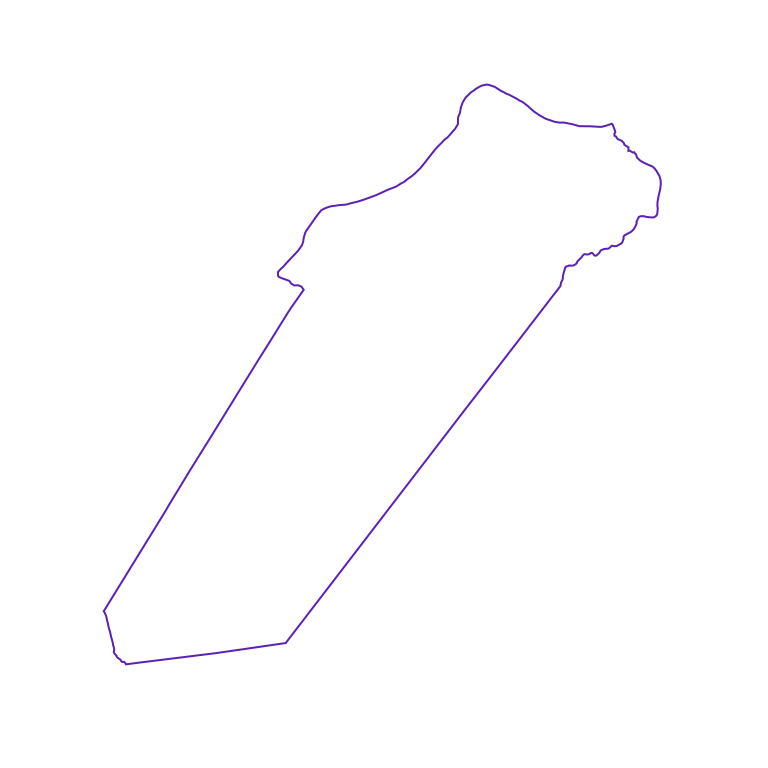 the district of Juruti, Pará, Brazil, rotated 7°
{"feature_id": "56859067B6848818390929", "entity_name": "Juruti", "entity_type": "district", "adm_level": 2, "iso_a3": "BRA", "parent_name": "Brazil", "parent_adm1": "Pará", "projection": "albers", "projection_center": [-56.071, -2.648], "detail": "fine", "context": "isolated", "style": "outline", "palette": "violet", "viewbox_px": 768, "rotation_deg": 7, "n_neighbors": 0, "source": "geoboundaries", "source_scale": "gbopen_adm2", "svg_char_len": 3004}
<svg xmlns="http://www.w3.org/2000/svg" viewBox="0 0 768 768"><g transform="rotate(7 384 384)"><path d="M298.4,222.6L296.1,226.5L294.9,228.7L293.3,231.9L291.9,234.4L288.1,241.5L287.4,243.4L286.6,247.9L286.4,252.8L285.7,256.1L284.6,258.3L282.5,262.2L272.1,276.3L269.9,279.7L267.6,282.2L265.1,285.8L265.7,289.5L266.6,290.5L269.4,291.4L272.4,292.0L277.4,293.2L279.7,295.7L282.8,297.1L286.9,296.5L290.3,297.5L292.8,300.3L282.3,320.0L279.2,326.4L266.6,353.6L255.5,377.3L249.9,389.4L234.3,423.4L224.6,444.5L217.1,460.8L202.4,492.4L185.7,529.4L182.1,537.8L152.8,601.7L135.7,639.0L133.5,643.7L134.9,645.3L135.5,646.5L136.2,647.5L137.4,650.6L137.7,651.9L139.0,654.9L139.9,657.9L142.6,664.2L143.6,667.3L146.3,673.8L146.8,675.9L147.8,677.8L148.6,680.2L148.5,683.2L149.3,684.4L151.5,686.2L152.2,687.6L153.5,688.4L156.2,689.9L157.0,691.2L158.3,691.8L159.9,691.5L161.4,692.6L162.1,693.7L164.0,693.2L173.7,690.7L250.0,671.6L253.3,670.7L318.0,653.1L467.6,399.4L491.4,359.5L526.8,299.7L529.5,295.1L541.8,274.3L547.1,265.4L547.4,261.7L548.4,258.9L548.7,257.3L548.4,255.5L548.7,252.7L549.6,246.7L550.4,245.2L552.2,244.6L553.3,243.8L556.5,243.6L557.9,243.1L559.3,242.0L560.5,240.8L560.8,239.3L561.5,238.2L562.9,236.3L564.7,234.1L565.5,232.4L566.8,230.9L568.2,230.6L569.7,230.8L572.1,230.0L573.2,228.8L574.6,228.6L575.7,229.3L577.0,230.7L578.7,230.9L580.2,229.5L581.7,227.6L582.8,225.0L585.9,223.2L590.4,222.2L591.5,221.1L593.2,219.0L596.6,219.1L598.4,218.5L602.4,215.6L603.2,214.4L604.1,210.7L603.8,208.5L604.8,206.9L606.1,206.2L607.1,205.3L609.3,203.9L610.9,202.6L612.0,201.3L613.0,200.0L614.2,197.3L615.2,193.7L614.8,192.2L616.6,187.1L618.5,186.1L621.9,185.8L623.9,186.2L628.6,186.1L631.7,185.7L633.4,184.2L634.3,182.7L634.5,181.0L634.3,176.4L633.7,174.3L633.3,170.2L633.6,164.3L634.4,156.8L634.4,152.0L633.6,147.7L632.1,144.1L628.7,139.6L626.4,137.1L624.1,135.5L616.9,133.4L612.0,131.5L610.1,130.4L607.5,128.4L606.2,125.4L605.1,124.7L604.3,123.5L602.7,123.9L599.5,122.4L598.2,122.9L597.8,119.3L594.6,117.9L593.3,117.1L592.8,115.7L590.3,113.6L586.6,112.6L584.9,111.4L584.4,110.2L582.5,109.5L582.2,107.5L582.9,106.0L582.6,104.8L579.4,98.8L578.4,97.9L573.1,100.5L569.1,102.1L567.5,102.4L565.0,102.6L557.1,103.1L546.5,104.3L539.5,103.2L532.6,102.7L530.5,102.6L526.1,103.2L521.2,102.9L513.0,101.2L511.3,100.7L505.8,98.4L499.5,95.2L492.3,90.2L489.7,88.7L487.2,87.2L483.6,86.0L481.2,84.8L473.4,81.8L469.2,80.7L467.3,79.7L464.8,79.0L457.8,75.6L451.5,74.3L449.0,74.4L444.9,75.8L442.3,77.5L438.9,80.1L437.8,81.4L435.2,83.5L432.9,86.2L432.0,87.6L430.8,88.6L429.3,91.5L428.4,93.5L427.8,95.1L426.6,99.9L426.4,105.6L425.3,109.0L425.0,111.0L425.3,112.8L425.7,117.2L423.5,122.0L417.1,131.4L414.3,134.1L411.7,137.7L408.8,141.3L406.3,144.8L394.3,164.6L389.2,171.1L386.4,174.1L384.4,175.9L382.7,177.4L379.3,181.0L376.3,183.0L372.1,186.5L363.9,190.9L353.2,197.5L340.3,204.1L334.2,206.8L330.1,208.2L326.4,209.8L323.4,210.8L317.5,212.0L309.3,214.2L304.7,216.4L300.6,219.1L298.4,222.6Z" fill="none" stroke="#5b21b6" stroke-width="2"/></g></svg>